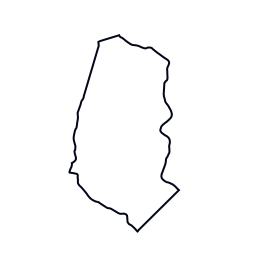 La Perle, Choiseul, Saint Lucia, rotated 319°
{"feature_id": "8701671B71036629686729", "entity_name": "La Perle", "entity_type": "district", "adm_level": 2, "iso_a3": "LCA", "parent_name": "Saint Lucia", "parent_adm1": "Choiseul", "projection": "mercator", "projection_center": [-61.02, 13.765], "detail": "fine", "context": "isolated", "style": "outline", "palette": "ink", "viewbox_px": 256, "rotation_deg": 319, "n_neighbors": 0, "source": "geoboundaries", "source_scale": "gbopen_adm2", "svg_char_len": 3743}
<svg xmlns="http://www.w3.org/2000/svg" viewBox="0 0 256 256"><g transform="rotate(319 128 128)"><path d="M54.7,123.2L54.8,123.5L55.6,124.4L56.6,125.6L58.4,127.8L59.4,129.5L59.3,130.3L58.6,131.4L57.8,131.9L56.4,134.1L54.6,136.0L53.9,137.2L53.6,139.1L53.9,142.7L53.9,145.8L53.7,151.1L53.4,152.7L53.4,155.9L53.8,158.3L54.9,161.3L55.5,162.4L57.2,164.8L57.3,165.8L58.7,170.7L59.9,174.7L62.1,177.5L64.2,183.8L64.7,185.6L65.8,187.6L66.7,188.4L69.0,190.2L69.9,192.0L69.8,193.5L68.6,195.2L66.0,198.6L65.7,200.9L66.2,202.5L66.7,203.7L67.2,207.9L67.2,211.6L67.3,212.4L67.8,212.4L68.5,212.0L125.7,208.3L125.5,207.3L125.5,206.6L125.4,206.3L125.4,205.4L125.4,204.3L125.3,203.2L125.2,202.5L125.2,202.2L124.8,200.2L124.5,199.3L124.0,198.4L123.6,197.3L123.2,196.5L122.8,195.7L122.1,194.8L121.8,194.4L121.4,193.4L121.1,192.8L120.9,191.9L120.6,190.8L120.6,190.5L120.5,189.5L120.5,188.9L120.6,188.2L120.8,187.5L121.2,186.8L121.6,186.3L122.2,185.7L122.6,185.3L123.2,184.9L123.9,184.4L125.1,183.9L125.8,183.5L126.4,183.2L126.8,182.9L127.6,182.5L128.4,182.0L129.1,181.7L129.9,181.2L130.6,180.8L131.4,180.4L132.0,180.0L132.6,179.6L133.4,179.1L133.8,178.8L134.6,178.0L135.2,177.5L135.8,176.9L136.3,176.5L136.8,176.1L137.5,175.9L138.1,175.8L139.4,175.3L140.5,174.8L141.2,174.5L141.8,174.2L142.4,174.0L143.1,173.6L144.1,172.7L144.5,172.2L145.0,171.5L145.7,170.7L146.1,170.1L146.7,169.2L147.1,168.8L148.0,168.0L148.5,167.6L149.2,167.2L149.8,166.7L150.5,165.9L150.9,165.4L151.3,164.8L151.8,163.8L152.1,163.0L152.2,161.9L152.1,161.4L152.1,160.4L151.9,159.7L151.7,159.1L151.5,158.7L151.2,157.8L150.9,156.6L150.7,155.6L150.5,154.6L150.3,153.9L150.3,153.0L150.4,152.0L150.7,151.2L150.9,150.9L152.1,150.0L152.9,149.5L154.0,148.8L155.1,148.6L156.2,148.4L159.0,148.5L161.5,148.7L164.6,148.6L165.9,148.5L166.7,148.4L167.9,148.1L168.7,147.6L169.9,146.7L170.3,146.0L170.9,145.1L171.3,144.2L171.6,143.4L171.8,142.8L172.1,141.8L172.3,140.8L172.5,139.6L172.8,138.5L172.9,137.8L173.1,135.8L173.1,134.7L173.2,133.8L173.4,132.8L173.8,131.8L174.4,130.9L174.8,130.0L175.0,129.6L175.5,128.6L175.8,127.8L176.5,126.9L177.1,125.9L177.9,125.1L179.3,123.7L183.2,119.7L184.1,118.8L184.5,118.4L185.2,117.9L185.8,117.8L186.5,117.6L186.2,117.5L188.0,117.4L187.8,117.5L188.4,117.5L188.8,117.4L189.3,117.3L190.3,116.5L191.2,115.5L192.5,113.8L194.4,111.5L195.4,110.3L196.0,109.4L196.7,108.8L197.3,108.3L198.1,107.9L199.4,107.4L200.6,106.7L201.5,106.1L202.0,105.6L202.3,104.9L202.5,104.5L202.6,104.0L202.6,103.5L202.6,103.1L202.5,102.4L202.3,101.6L202.0,100.5L201.5,98.8L201.0,96.8L200.4,94.0L199.5,90.4L199.3,89.2L198.9,87.1L198.5,84.8L198.4,83.3L198.2,82.9L197.9,82.3L197.6,82.0L197.1,81.5L196.5,80.9L196.1,80.5L195.5,80.2L194.4,79.9L193.6,79.5L193.3,79.3L192.8,78.7L192.4,78.1L192.0,77.4L191.7,76.9L191.3,76.2L190.9,75.5L190.6,74.7L190.3,74.0L190.1,73.5L189.7,72.8L189.3,72.2L188.6,71.3L188.1,70.6L187.6,70.2L187.0,69.4L186.2,68.7L185.8,68.1L185.5,67.6L185.0,66.4L184.7,65.6L184.6,65.0L184.2,63.7L184.1,63.3L184.0,62.6L183.8,62.0L183.6,61.0L183.4,59.9L183.3,58.9L183.0,57.7L182.9,56.9L182.7,56.1L182.3,55.3L181.9,54.4L181.9,53.8L181.9,53.1L182.2,52.2L164.0,44.1L162.1,43.6L159.9,46.7L116.6,74.3L115.8,74.8L114.8,75.6L113.9,76.2L113.1,76.6L111.5,76.9L110.9,77.1L109.7,77.7L108.3,78.7L107.4,79.3L105.3,80.5L101.7,82.5L100.1,83.4L99.1,84.5L98.0,86.1L97.6,86.7L96.0,88.3L94.0,90.0L93.5,90.4L92.2,91.5L91.0,92.6L89.4,93.9L88.8,94.2L87.1,94.7L85.2,95.9L84.7,96.4L82.7,97.8L81.0,99.3L79.7,100.7L78.1,103.6L77.2,105.6L76.4,107.2L75.3,108.4L73.9,109.7L73.4,110.0L72.5,110.3L72.0,110.8L71.2,112.2L70.0,114.7L69.4,116.0L68.7,116.9L67.9,117.6L66.3,118.0L65.0,118.0L63.7,117.9L62.6,117.6L62.3,118.2L61.1,119.3L60.1,120.1L56.7,121.6L55.1,122.7L54.7,123.2Z" fill="none" stroke="#020617" stroke-width="2"/></g></svg>